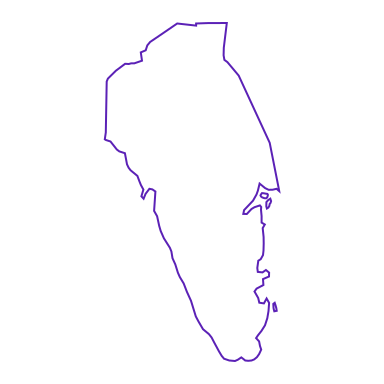 the district of Ngerbeched, Palau
{"feature_id": "81905179B6044255110216", "entity_name": "Ngerbeched", "entity_type": "district", "adm_level": 2, "iso_a3": "PLW", "parent_name": "Palau", "parent_adm1": "", "projection": "equal_earth", "projection_center": [134.477, 7.335], "detail": "fine", "context": "isolated", "style": "outline", "palette": "violet", "viewbox_px": 384, "rotation_deg": 0, "n_neighbors": 0, "source": "geoboundaries", "source_scale": "gbopen_adm2", "svg_char_len": 2159}
<svg xmlns="http://www.w3.org/2000/svg" viewBox="0 0 384 384"><path d="M104.8,139.3L105.9,140.0L110.5,141.5L116.8,149.5L119.3,151.4L124.9,153.2L127.0,164.3L128.6,167.7L130.6,170.3L137.4,175.9L139.4,181.3L140.9,185.0L143.4,189.6L141.4,196.3L143.6,198.7L145.6,193.8L149.4,188.8L152.4,189.4L155.4,191.5L154.1,210.9L157.1,216.2L159.2,225.9L160.7,231.0L163.9,238.3L169.9,247.8L171.4,251.5L172.5,258.2L175.3,264.4L177.9,272.7L179.8,277.0L183.7,283.5L186.9,291.8L191.0,300.8L195.8,316.4L198.5,321.5L203.0,329.2L209.0,334.2L211.6,337.5L214.2,342.5L218.9,351.2L221.7,355.9L223.3,357.8L224.0,358.7L229.3,360.5L229.6,360.5L235.0,361.0L237.9,359.7L241.3,357.4L243.5,359.1L245.2,360.5L248.2,360.8L251.5,360.5L254.0,359.5L254.2,359.4L256.9,357.2L259.1,354.1L261.2,349.6L260.0,346.0L259.1,341.4L256.1,338.1L257.9,335.4L261.4,331.0L265.0,325.3L267.3,318.2L268.5,311.1L269.1,302.9L266.6,298.5L263.9,303.4L259.3,302.7L258.2,298.0L254.5,291.5L256.6,288.6L263.4,285.0L263.0,279.1L269.0,276.5L269.1,272.6L265.9,270.0L262.5,272.4L257.8,271.9L257.3,268.0L258.3,260.7L260.7,259.2L263.0,255.1L263.5,250.6L263.7,243.6L263.6,237.0L262.7,228.1L264.8,224.5L261.6,222.6L261.6,216.2L261.0,209.8L261.2,207.0L259.9,205.4L254.5,207.2L251.5,209.0L246.8,214.0L243.3,213.9L244.1,210.1L253.0,200.7L256.5,194.5L257.9,190.6L259.6,183.6L265.1,188.1L268.6,189.8L272.7,189.7L276.6,188.8L279.2,191.1L278.5,187.3L269.7,142.8L238.7,75.6L227.4,62.1L224.4,59.9L223.6,55.3L223.8,47.7L226.8,23.0L207.1,23.1L196.1,23.5L196.1,25.6L177.2,23.5L154.5,39.0L150.2,41.9L147.3,45.4L145.7,50.3L140.8,52.4L142.0,60.7L134.4,63.3L131.3,63.3L128.8,64.0L125.1,63.8L115.9,70.7L107.9,78.6L106.7,81.5L105.8,132.5L104.8,139.3ZM260.5,195.4L261.0,196.5L262.2,197.4L264.4,198.2L266.1,198.3L267.1,197.5L267.7,196.0L267.9,194.8L267.4,193.9L265.5,193.6L263.9,193.3L262.0,193.1L261.0,194.4L260.5,195.4ZM270.5,203.0L271.1,201.1L270.3,198.7L268.2,200.1L266.4,202.1L266.3,206.4L266.4,206.7L266.9,208.5L267.6,208.1L268.4,207.5L269.3,206.0L269.7,203.9L270.5,203.0ZM274.3,311.3L276.7,310.8L276.3,308.1L275.5,305.2L274.7,302.8L273.3,303.9L273.5,307.6L273.7,308.9L273.9,309.8L274.3,311.3Z" fill="none" stroke="#5b21b6" stroke-width="2"/></svg>